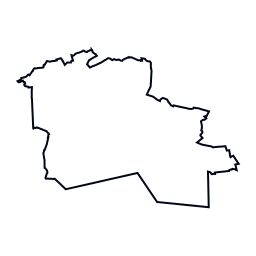 the district of Terneuzen, Zeeland, Netherlands, rotated 181°
{"feature_id": "6326949B16829541191970", "entity_name": "Terneuzen", "entity_type": "district", "adm_level": 2, "iso_a3": "NLD", "parent_name": "Netherlands", "parent_adm1": "Zeeland", "projection": "natural_earth1", "projection_center": [3.831, 51.299], "detail": "fine", "context": "isolated", "style": "outline", "palette": "ink", "viewbox_px": 256, "rotation_deg": 181, "n_neighbors": 0, "source": "geoboundaries", "source_scale": "gbopen_adm2", "svg_char_len": 5417}
<svg xmlns="http://www.w3.org/2000/svg" viewBox="0 0 256 256"><g transform="rotate(181 128 128)"><path d="M97.6,54.5L45.9,50.2L46.9,76.9L47.3,85.8L44.8,85.1L43.6,83.3L41.1,83.6L40.2,83.6L40.5,84.9L40.5,85.0L26.1,86.8L25.9,87.6L25.9,87.8L24.9,88.2L24.6,88.2L24.2,88.3L23.8,88.2L23.6,88.2L23.5,88.3L23.2,88.8L22.9,89.0L22.5,89.0L21.9,88.8L20.4,88.6L20.0,88.5L19.6,88.3L19.2,87.9L18.6,87.7L20.1,93.4L16.7,94.1L21.5,101.0L22.3,102.1L24.7,100.9L24.8,100.8L24.9,100.6L25.2,100.8L26.4,107.5L28.8,107.2L30.3,111.5L31.4,111.4L31.6,111.4L31.8,111.3L38.5,110.7L41.3,110.4L41.8,110.3L42.6,110.1L43.0,110.2L43.4,110.5L43.9,110.9L44.5,111.1L48.4,111.7L48.6,111.8L52.9,112.5L53.4,112.6L56.9,113.9L58.7,114.7L53.3,119.3L55.2,121.4L55.4,121.6L55.5,121.9L55.5,122.3L55.4,122.5L53.6,124.5L53.5,125.2L53.6,125.5L53.7,126.0L53.9,126.2L54.5,126.5L54.7,126.9L54.7,127.1L54.3,128.2L54.1,129.6L54.1,130.3L54.4,133.0L55.1,135.4L55.1,135.7L55.1,135.9L55.0,136.1L54.9,136.3L53.2,137.4L52.2,137.5L51.8,137.5L49.9,138.9L51.9,140.8L50.8,141.3L49.9,140.7L47.5,145.6L47.3,146.0L50.2,146.8L54.6,147.9L57.0,148.7L58.5,149.0L58.9,149.1L59.7,149.0L61.3,149.3L62.7,149.5L62.8,149.2L62.8,148.8L62.9,148.7L65.3,148.1L67.7,148.3L70.0,148.9L74.9,149.8L76.3,150.1L79.5,150.7L82.2,151.3L82.9,151.4L83.0,151.3L83.1,151.2L83.3,150.5L85.3,151.3L87.2,153.9L87.6,154.1L87.9,154.3L87.8,154.6L89.5,157.2L93.7,158.7L93.8,158.7L96.0,157.1L96.5,155.5L99.3,156.8L102.9,159.4L103.6,159.7L103.6,159.8L109.8,161.7L108.9,163.8L106.1,169.8L105.8,176.3L105.5,185.1L105.5,185.3L105.8,187.5L105.9,187.9L106.0,187.9L106.1,188.0L106.0,188.3L106.3,190.2L106.3,190.9L106.3,191.3L106.2,192.6L106.2,193.3L106.3,193.5L106.8,194.1L107.0,194.7L107.2,194.9L107.3,194.9L108.5,195.0L108.9,195.0L110.5,195.6L110.8,195.7L111.1,195.9L111.5,196.4L112.2,197.4L113.3,197.6L115.7,198.0L115.1,195.5L115.3,195.5L115.7,195.5L116.3,195.4L116.4,195.9L116.5,196.0L119.1,195.9L122.2,197.3L124.6,198.2L125.4,198.6L125.6,198.7L126.5,198.6L127.2,198.7L127.7,198.6L127.8,198.7L128.1,198.9L128.3,198.5L128.5,198.3L129.2,198.6L133.7,196.4L133.8,196.4L134.6,195.6L135.0,195.1L136.5,195.3L138.6,196.4L140.3,195.8L140.7,195.7L140.8,195.7L143.2,196.7L144.6,195.6L144.9,195.5L147.2,197.2L149.3,197.4L150.2,196.8L150.9,196.2L151.3,196.0L152.2,195.4L152.4,195.4L152.7,195.2L154.4,194.0L155.3,193.4L155.8,193.1L159.6,191.2L160.6,190.7L161.7,190.2L162.8,189.8L163.5,189.4L164.1,189.3L166.9,188.0L167.1,187.8L170.0,191.0L169.2,192.7L168.9,193.5L168.2,194.9L168.1,195.1L167.8,195.3L167.2,195.6L166.8,195.7L166.7,195.8L166.3,196.2L163.6,197.9L162.0,198.8L161.1,199.1L160.7,199.4L160.4,199.6L160.5,199.8L161.7,201.2L161.9,201.3L162.2,201.4L163.4,202.2L163.8,202.5L164.5,203.1L164.7,203.3L164.7,203.5L164.9,203.9L164.9,204.4L165.2,204.8L165.5,205.4L165.8,205.8L165.8,205.7L166.3,205.5L166.4,205.4L166.4,205.2L166.5,205.1L166.9,205.1L167.0,205.1L167.4,205.0L167.7,204.9L168.5,204.5L170.0,203.7L170.1,203.4L170.6,203.2L170.9,203.2L171.2,203.3L171.5,203.5L172.4,203.8L172.8,204.1L173.2,204.4L173.5,204.6L173.9,204.6L174.3,204.5L174.6,204.1L174.8,203.9L176.3,203.3L177.3,202.9L178.2,202.5L179.5,202.2L181.3,201.6L181.6,201.4L182.2,200.9L183.2,199.8L183.7,199.5L184.0,199.4L184.4,199.4L185.7,199.8L185.3,198.5L185.4,198.4L184.1,194.4L184.3,194.3L184.5,194.2L185.4,194.3L185.6,194.2L185.8,193.6L186.2,192.5L186.3,192.5L187.6,192.4L187.7,192.5L189.9,192.4L192.3,190.0L193.6,192.4L194.0,193.0L193.9,193.0L194.7,194.5L196.4,196.6L200.8,195.2L200.5,194.3L202.9,193.7L204.5,193.7L205.4,193.5L206.5,193.1L207.0,192.9L207.5,193.0L209.9,193.5L210.3,193.5L210.5,193.3L210.6,193.2L210.8,192.4L211.1,191.8L211.3,191.5L211.8,191.1L211.9,190.9L212.0,190.5L212.1,190.1L212.2,189.9L212.3,189.8L212.6,189.8L213.0,189.8L213.2,189.7L213.4,189.5L213.5,189.4L213.5,189.1L213.5,188.8L213.5,188.0L213.4,187.8L213.4,187.7L213.6,187.2L213.8,187.0L214.1,186.9L216.6,186.6L218.6,186.5L221.2,185.9L221.3,185.9L221.7,186.0L222.1,186.2L222.8,185.9L223.1,185.7L223.4,185.2L223.9,184.3L224.0,184.2L224.0,183.6L224.2,183.3L224.3,183.1L224.6,183.1L225.1,182.5L225.6,181.6L226.0,181.1L226.2,180.7L226.4,180.5L227.3,179.0L228.4,179.7L228.5,179.7L229.0,179.5L229.1,179.4L229.5,178.8L229.6,178.6L230.6,177.7L231.3,177.2L231.9,177.1L232.4,176.9L232.9,176.9L233.7,176.5L234.4,176.4L235.4,176.2L235.6,176.1L235.5,175.4L235.6,175.1L235.8,174.9L236.5,174.4L237.0,174.1L237.5,173.7L239.3,172.9L238.9,172.4L238.3,172.5L237.9,171.8L237.5,171.9L236.9,172.2L236.3,172.5L235.9,172.6L234.3,173.3L233.9,173.5L233.2,172.1L232.9,172.2L232.2,172.2L231.5,170.5L232.4,169.8L232.5,169.7L232.5,169.3L232.3,168.9L231.6,168.1L228.3,167.4L228.1,166.7L224.8,167.2L224.8,166.4L224.8,165.0L224.9,163.6L224.9,161.7L224.8,160.2L224.8,159.2L224.8,158.5L224.8,156.6L224.7,156.6L224.6,156.3L223.4,136.7L223.1,131.7L222.8,126.5L222.7,126.5L222.7,126.4L222.3,126.2L222.3,125.9L221.4,126.3L220.8,126.4L220.9,126.6L218.9,126.9L218.6,126.9L218.4,126.8L218.1,126.7L217.9,126.4L217.0,126.3L209.3,123.3L209.2,123.2L208.4,122.1L207.3,121.1L207.1,120.8L207.0,120.6L207.3,120.6L207.3,120.4L207.9,117.4L207.5,117.4L208.9,110.5L209.1,109.8L210.8,104.9L211.3,104.7L211.5,104.1L211.3,103.9L212.1,101.6L212.2,101.4L212.2,101.2L211.1,95.4L210.9,94.1L210.7,86.7L210.2,86.5L208.8,84.8L208.4,84.4L208.4,84.2L207.9,82.8L207.8,82.2L207.8,81.9L208.4,81.0L208.5,80.7L209.6,76.9L209.6,76.7L209.3,76.0L201.2,75.8L200.8,75.9L200.4,76.0L189.2,65.7L117.7,83.2L97.6,54.5Z" fill="none" stroke="#020617" stroke-width="2"/></g></svg>